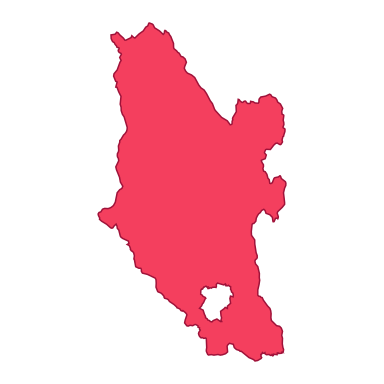 the district of Lima Puluh Kota, Sumatera Barat, Indonesia
{"feature_id": "22746128B97954273808268", "entity_name": "Lima Puluh Kota", "entity_type": "district", "adm_level": 2, "iso_a3": "IDN", "parent_name": "Indonesia", "parent_adm1": "Sumatera Barat", "projection": "equal_earth", "projection_center": [100.621, 0.029], "detail": "fine", "context": "isolated", "style": "filled", "palette": "rose", "viewbox_px": 384, "rotation_deg": 0, "n_neighbors": 0, "source": "geoboundaries", "source_scale": "gbopen_adm2", "svg_char_len": 6039}
<svg xmlns="http://www.w3.org/2000/svg" viewBox="0 0 384 384"><path d="M184.6,322.9L186.8,325.8L188.1,326.1L190.1,325.3L192.7,325.7L194.7,324.6L195.7,324.5L198.0,325.8L198.0,327.2L199.5,327.7L199.5,329.3L200.3,330.1L198.9,332.2L198.5,333.5L198.8,334.8L199.6,336.5L201.1,337.9L202.3,337.6L203.9,338.4L205.7,338.0L206.3,338.7L206.7,347.6L206.3,350.2L206.4,351.5L207.7,354.4L208.5,355.0L211.4,354.6L213.9,355.1L218.0,354.5L220.3,355.1L222.3,354.8L225.6,353.7L227.6,351.9L227.1,346.3L227.6,345.1L229.4,343.3L233.3,344.3L234.3,347.6L236.4,349.5L239.2,350.4L240.1,351.3L241.3,351.3L249.0,357.6L253.6,359.6L255.0,361.0L257.7,360.5L261.1,358.5L261.7,357.5L260.9,356.4L261.1,355.0L260.9,354.4L261.9,353.9L262.4,352.6L263.0,353.2L264.2,353.3L264.9,352.7L265.1,353.8L266.4,354.7L269.2,354.5L270.4,355.4L271.2,355.1L271.8,355.4L272.1,354.7L272.8,355.8L273.4,355.5L273.6,354.2L277.1,354.7L277.3,352.9L278.6,353.0L278.7,353.5L281.1,353.3L282.0,353.0L281.8,352.3L282.6,352.4L282.4,352.2L283.3,351.5L283.6,349.5L282.9,347.5L282.3,343.8L282.5,338.2L281.7,335.4L282.5,331.3L281.3,328.1L279.6,326.3L276.6,325.7L271.4,320.5L270.9,317.8L271.1,313.7L270.7,310.7L269.9,308.4L267.5,305.9L263.4,300.2L262.2,297.6L260.9,297.3L260.2,296.4L258.6,296.1L257.8,295.2L257.8,289.9L259.0,284.7L259.7,280.2L259.3,277.8L259.4,273.5L257.8,266.6L255.6,264.0L255.2,262.6L254.9,261.0L255.5,259.6L256.7,258.7L257.2,257.7L257.2,255.6L256.1,252.6L254.8,244.1L254.7,239.9L251.5,235.3L251.3,231.5L252.1,224.3L252.7,223.6L253.8,223.5L255.8,221.3L256.3,218.1L257.5,215.6L258.7,213.8L260.3,212.6L261.6,210.5L263.8,209.3L265.0,210.4L266.0,213.3L269.8,214.7L272.4,217.4L272.9,221.2L273.2,221.8L274.1,221.6L275.5,218.4L277.4,218.1L277.8,218.7L278.2,217.8L278.3,216.6L277.2,213.2L277.7,211.7L282.2,207.4L284.6,204.4L284.6,202.5L283.5,192.8L284.6,188.1L285.8,185.5L285.9,183.2L285.4,181.7L281.3,178.5L280.7,176.6L280.3,175.9L279.8,175.8L278.5,176.9L274.8,177.7L274.0,178.4L272.3,182.7L270.8,183.6L269.8,183.3L269.2,179.6L267.9,178.2L266.9,174.3L265.2,171.7L263.6,171.2L262.9,168.6L263.5,166.3L263.4,164.6L262.3,163.0L261.3,160.8L261.4,160.3L262.2,159.9L265.2,158.7L266.3,155.0L264.6,153.0L264.5,152.3L265.6,149.7L266.5,149.3L270.4,149.5L273.8,145.1L275.8,143.3L277.3,143.1L279.7,144.5L280.5,144.6L281.0,144.3L282.4,142.2L282.5,141.7L282.1,140.1L282.2,139.4L282.9,136.6L283.6,136.2L283.8,135.0L284.9,131.6L285.0,129.4L284.8,128.8L283.2,127.8L283.0,127.1L283.9,124.6L283.8,122.7L283.2,120.2L283.8,115.7L283.6,115.0L282.1,114.2L281.8,112.1L281.8,111.0L282.7,108.4L280.4,104.0L277.7,102.1L276.8,99.8L275.5,98.0L272.0,96.7L270.8,94.8L269.6,94.2L265.6,96.1L260.8,97.0L259.3,98.8L259.0,99.6L258.9,102.2L258.3,103.2L255.1,103.0L253.0,101.7L251.5,101.7L250.8,101.2L250.6,101.3L250.5,102.6L250.0,103.5L247.7,103.5L246.7,102.8L245.7,101.3L245.1,101.0L243.9,101.4L242.8,102.4L242.0,102.4L240.2,101.1L239.1,99.6L238.2,99.3L237.8,102.9L237.0,104.5L236.0,105.3L236.3,111.7L232.9,117.4L232.5,118.9L232.8,119.8L232.1,121.3L232.1,123.7L231.6,124.4L230.2,124.8L227.3,120.8L221.6,117.4L215.5,110.7L214.6,109.4L212.4,103.6L210.2,100.7L206.5,93.6L204.1,90.0L201.0,87.9L198.8,85.1L194.7,77.5L191.6,75.0L187.4,73.1L185.7,71.2L184.3,68.4L184.7,66.5L186.4,62.3L185.1,58.9L182.9,56.9L181.1,56.5L179.1,53.1L177.7,52.3L176.7,50.9L173.9,48.6L173.6,47.2L173.5,43.4L170.8,36.5L169.6,34.9L168.7,33.0L166.3,31.7L166.1,31.0L165.0,30.4L164.5,31.1L164.4,32.5L164.0,33.6L163.2,34.4L159.5,30.9L154.6,27.8L153.2,24.9L152.4,24.1L149.5,23.0L148.8,23.2L147.8,25.9L145.7,27.2L143.3,30.9L139.1,33.9L134.9,38.0L133.6,37.4L131.8,35.7L131.1,37.6L125.8,40.2L124.8,40.1L123.5,38.2L119.7,34.8L118.1,32.8L116.7,32.2L115.1,34.2L111.0,34.9L111.2,38.7L112.3,41.1L113.2,42.1L114.2,42.5L115.1,44.4L116.4,45.8L117.0,47.3L118.9,47.8L119.1,48.8L118.2,50.2L118.5,51.6L119.4,52.6L121.0,53.4L121.4,54.2L119.7,57.5L121.1,60.5L120.0,62.2L117.2,69.9L114.0,73.8L113.6,76.1L115.7,81.3L117.1,82.0L115.8,87.1L117.0,87.3L118.7,91.8L121.0,96.4L120.2,104.2L121.1,107.2L121.2,110.6L122.4,114.3L124.1,116.8L127.2,127.3L127.1,129.3L126.5,131.5L124.9,133.8L123.5,135.1L121.0,139.3L119.8,140.5L119.7,142.4L118.4,146.0L118.7,150.2L118.4,151.8L117.4,153.7L117.3,155.6L117.5,156.9L118.4,158.5L118.7,160.8L115.8,166.9L116.5,169.8L119.5,177.2L120.4,182.1L122.8,186.2L121.9,188.4L119.7,189.7L117.2,192.7L115.3,202.2L113.5,205.5L111.3,207.3L109.4,208.2L107.9,208.6L104.6,208.4L102.5,209.2L100.9,211.8L99.0,212.5L98.1,214.0L98.5,215.7L99.7,218.0L99.5,219.3L101.6,221.2L106.7,224.3L110.6,227.8L111.9,228.2L112.9,227.8L113.9,226.2L116.1,224.1L117.0,226.1L117.3,228.3L118.8,230.1L120.3,236.1L121.0,237.2L122.6,238.4L128.4,241.1L128.9,243.4L127.2,244.5L129.2,245.5L130.4,248.3L130.4,249.5L131.5,251.0L132.2,251.1L133.6,252.7L134.4,255.8L133.9,259.0L134.3,259.2L135.7,266.7L138.7,268.2L140.8,268.3L141.3,269.3L141.4,271.4L142.4,273.1L147.5,274.4L155.2,278.1L156.0,279.6L156.2,283.2L156.0,287.2L157.6,291.3L158.1,291.9L160.7,292.9L162.3,294.2L164.0,296.3L164.1,297.4L164.6,298.2L167.3,299.0L168.3,299.7L169.5,301.5L174.1,304.6L176.8,307.1L176.9,307.7L179.8,308.9L181.0,310.6L182.4,311.1L182.9,310.6L185.5,312.7L186.8,314.4L186.8,315.2L185.2,320.0L184.6,322.9ZM223.7,284.9L224.3,284.4L224.9,284.7L225.4,284.0L225.9,284.6L225.7,285.2L225.9,285.8L227.7,285.8L228.4,285.3L229.8,286.4L230.6,286.6L230.6,289.5L231.3,290.5L231.5,291.9L232.8,293.0L233.3,295.1L233.1,296.8L230.5,296.1L229.9,298.6L230.6,303.3L227.4,306.2L227.4,308.4L225.2,307.4L224.2,308.6L220.6,311.3L221.0,315.5L221.6,317.9L221.0,320.1L221.7,321.5L220.6,321.6L216.9,319.0L213.2,320.6L211.9,321.9L210.3,321.5L209.5,320.6L207.8,320.0L207.1,318.7L205.5,317.7L205.5,316.5L204.4,314.2L203.1,310.1L199.5,308.3L201.6,305.9L202.5,303.7L203.4,302.9L205.2,298.8L205.8,298.3L205.2,297.4L202.9,296.3L202.3,295.2L200.7,294.3L200.8,290.5L201.5,289.1L202.5,289.1L203.7,287.1L204.3,287.1L205.5,286.3L206.3,286.3L206.9,287.1L208.0,287.0L207.8,287.6L207.9,288.5L209.0,288.5L209.8,287.8L211.5,288.1L212.2,287.4L215.0,287.2L216.0,287.5L216.4,286.6L216.3,284.4L217.5,283.1L223.7,284.9Z" fill="#f43f5e" stroke="#9f1239" stroke-width="1.5"/></svg>